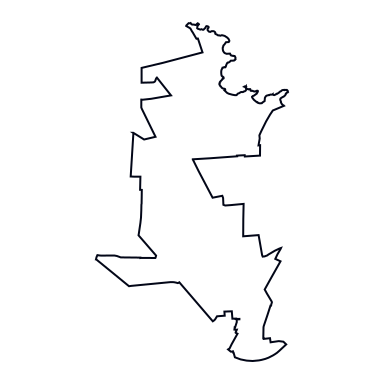 outline of Lumina, Constanta, Romania
{"feature_id": "2599482B21068829002517", "entity_name": "Lumina", "entity_type": "district", "adm_level": 2, "iso_a3": "ROU", "parent_name": "Romania", "parent_adm1": "Constanta", "projection": "natural_earth1", "projection_center": [28.555, 44.326], "detail": "fine", "context": "isolated", "style": "outline", "palette": "ink", "viewbox_px": 384, "rotation_deg": 0, "n_neighbors": 0, "source": "geoboundaries", "source_scale": "gbopen_adm2", "svg_char_len": 5707}
<svg xmlns="http://www.w3.org/2000/svg" viewBox="0 0 384 384"><path d="M96.1,259.3L129.0,286.2L131.1,285.9L170.6,282.1L172.2,282.1L173.9,282.2L176.0,282.6L177.8,283.1L178.2,283.0L179.3,282.3L212.8,321.3L214.1,320.4L215.1,319.4L217.0,316.3L224.7,315.7L224.4,311.6L231.8,311.3L232.4,318.7L235.9,318.6L235.8,319.0L239.4,318.9L239.4,319.3L236.6,319.5L236.8,322.0L235.1,327.4L234.7,327.3L234.4,329.6L236.0,329.8L236.8,329.7L236.5,330.5L235.6,332.4L235.7,332.8L237.5,333.7L231.6,344.3L229.6,348.4L228.1,349.4L230.5,351.4L230.9,351.7L231.5,351.7L232.9,351.3L233.2,352.7L233.6,352.7L234.9,357.3L240.6,359.4L246.6,360.6L252.7,361.0L258.9,360.4L261.5,359.9L265.3,358.9L268.5,357.7L273.0,355.4L275.1,354.1L277.0,352.8L279.2,350.9L286.2,344.4L283.4,341.7L278.8,341.1L270.6,342.3L270.0,338.2L263.8,338.9L263.8,338.2L263.3,338.2L263.5,327.3L263.7,326.2L267.4,315.2L270.5,305.6L271.1,305.6L271.3,304.9L271.4,305.0L271.3,304.7L271.4,304.0L271.9,302.4L271.9,302.1L271.5,301.2L266.9,293.5L264.7,289.5L270.8,278.5L280.5,261.3L275.3,258.9L277.4,254.4L280.5,249.1L281.0,248.0L279.3,248.6L274.9,250.7L268.3,254.6L267.3,255.4L264.6,256.4L262.7,256.6L262.1,255.1L258.6,235.1L243.2,236.3L243.3,219.2L243.6,203.9L230.8,205.1L225.2,205.5L223.4,204.8L223.1,198.0L222.3,195.8L212.6,197.7L198.6,171.1L193.0,159.8L192.8,159.6L192.8,159.3L209.6,158.3L237.1,156.3L237.0,155.6L244.7,155.2L244.8,156.5L260.0,155.6L260.1,145.2L258.5,145.4L259.7,138.6L259.4,135.3L261.1,131.5L266.1,121.4L270.0,114.7L272.8,110.5L284.0,105.8L283.6,105.4L283.1,105.3L281.8,104.0L281.4,103.3L280.9,102.3L281.0,101.9L280.2,99.7L280.4,98.8L280.5,98.8L280.7,98.4L281.1,98.0L282.9,96.9L283.6,96.7L284.2,96.1L284.9,95.6L285.8,94.3L285.7,93.9L285.8,93.7L286.1,93.3L286.8,92.7L287.6,92.5L288.0,92.1L287.8,91.7L287.6,91.6L287.8,91.2L287.7,90.8L287.1,90.3L287.1,90.1L286.8,89.9L286.5,90.0L285.4,89.9L284.5,90.1L284.4,89.9L284.0,89.9L282.4,90.1L281.7,90.5L281.1,91.1L280.6,91.4L280.2,91.5L279.2,92.3L279.0,92.5L278.9,92.7L277.9,93.3L277.2,93.8L276.7,93.7L276.2,94.0L276.0,94.3L275.7,94.5L274.2,95.1L273.7,95.0L272.8,94.6L272.7,94.4L272.7,94.2L272.3,94.5L272.0,94.6L270.3,94.6L269.8,94.8L269.4,95.1L268.8,95.0L268.5,95.2L267.0,95.5L266.6,95.7L265.9,96.2L265.4,96.9L264.9,97.9L264.6,101.1L263.0,102.1L262.6,102.4L262.3,102.8L262.1,102.8L261.7,103.2L260.6,103.3L259.6,103.3L258.3,103.0L257.0,102.3L256.9,102.2L257.0,102.0L256.3,101.8L253.9,99.8L252.5,98.0L252.0,97.0L252.0,96.8L252.9,96.0L254.2,95.5L254.9,94.9L255.7,94.4L256.3,93.8L256.5,93.8L256.6,93.5L257.1,93.0L257.1,92.8L257.4,92.4L257.3,92.2L257.6,92.0L257.9,91.4L257.9,91.0L257.7,90.8L257.1,90.7L256.1,91.0L255.6,91.4L254.4,91.5L254.0,91.3L253.5,91.3L252.8,90.9L252.3,90.9L252.2,90.8L251.8,90.8L251.5,90.9L251.0,90.9L250.5,90.5L250.4,89.4L250.1,89.1L249.6,89.2L249.3,89.2L249.0,89.1L248.4,89.4L247.0,88.8L246.3,88.3L245.7,87.3L245.7,86.9L246.0,86.7L245.9,86.6L245.9,86.3L245.7,86.5L245.2,86.4L244.8,86.6L244.5,86.5L244.2,86.7L245.2,87.1L245.7,87.8L246.1,88.6L246.3,89.3L245.9,90.3L245.6,90.7L244.7,91.3L243.5,91.6L243.1,92.0L242.4,92.1L241.2,92.0L240.7,92.2L238.9,93.3L237.9,93.6L237.2,94.3L236.7,95.0L236.1,95.2L234.5,95.1L232.3,94.7L228.7,93.7L227.1,92.9L224.5,90.4L225.2,89.9L225.2,89.4L225.1,89.1L224.6,88.8L223.2,88.6L222.1,88.0L221.7,87.7L220.8,86.4L220.5,86.1L220.3,86.1L219.7,84.8L219.5,84.7L219.4,84.2L219.6,83.8L219.4,83.7L219.8,82.2L220.0,81.9L220.4,81.8L220.5,81.6L220.5,81.3L220.7,81.0L221.2,80.6L222.1,79.7L222.3,79.3L222.4,79.0L222.6,78.6L222.9,78.4L223.3,78.6L223.6,78.4L223.6,77.4L222.6,76.5L222.4,76.5L221.6,75.7L221.3,74.1L221.2,71.9L221.4,70.2L221.8,69.3L222.5,67.7L223.0,67.8L223.6,67.3L224.3,67.2L224.6,67.3L224.7,67.1L225.4,67.2L225.8,66.6L226.1,65.4L227.0,63.3L227.4,62.8L227.7,62.6L227.9,62.7L228.2,62.5L228.6,62.5L229.6,61.9L230.8,60.7L231.2,60.7L233.7,60.6L233.8,60.5L234.3,60.4L234.5,60.1L234.9,60.0L235.5,59.2L235.3,59.0L235.4,58.3L235.5,57.7L234.9,56.3L234.6,56.0L233.8,56.0L233.5,55.8L232.8,55.9L231.4,55.4L231.2,55.5L230.7,55.1L230.0,53.6L226.6,53.8L224.8,53.1L224.0,52.4L223.1,50.9L222.9,50.1L222.7,48.4L222.8,47.3L223.1,47.0L223.4,45.5L224.5,44.4L226.0,42.2L228.4,42.1L229.0,41.8L229.3,41.1L229.3,40.5L229.1,40.2L228.7,39.3L228.4,38.7L226.5,37.0L225.6,36.6L224.9,36.0L223.6,35.6L221.9,35.2L221.2,35.4L220.5,35.7L219.9,35.6L219.0,35.3L218.5,35.4L218.1,35.4L216.9,34.6L215.4,33.9L215.2,33.5L215.3,32.6L215.0,32.1L214.5,31.7L213.9,31.3L212.9,31.1L212.4,31.2L211.5,31.2L210.4,31.9L209.1,31.7L208.8,31.5L208.1,30.7L207.6,30.1L207.6,28.9L208.6,27.6L208.6,27.3L208.6,27.0L208.5,26.8L207.9,26.4L207.6,26.4L206.9,26.1L206.3,26.2L206.0,26.6L205.2,28.0L203.5,29.7L203.0,29.8L201.4,29.2L200.3,29.6L199.7,29.4L199.0,29.1L198.1,28.9L197.2,28.3L197.4,26.0L197.9,25.6L198.4,24.7L198.9,24.4L198.7,23.9L197.7,23.3L196.6,24.2L196.3,24.7L195.5,25.0L194.7,24.8L194.6,24.7L192.8,24.5L192.2,24.6L191.3,24.1L190.6,23.0L190.2,23.2L188.9,23.3L188.6,23.2L186.3,25.5L186.2,26.0L189.2,27.7L190.4,28.5L192.0,31.4L192.8,32.5L193.7,34.1L195.8,37.7L196.4,38.7L196.6,38.8L196.9,38.8L197.4,38.5L197.9,38.5L202.5,52.4L163.1,62.8L141.6,67.9L141.6,82.7L149.9,82.5L152.8,82.4L153.6,82.3L154.5,81.8L154.9,81.5L155.3,80.8L155.9,79.0L156.3,78.2L156.9,77.6L171.0,95.4L151.2,98.8L142.9,99.7L142.0,99.8L141.8,99.6L141.3,99.6L141.3,107.5L141.8,108.8L155.5,136.8L144.1,139.5L133.3,132.8L133.1,132.8L133.4,133.0L130.7,176.5L134.9,176.7L140.4,176.7L140.1,189.8L141.8,189.9L141.7,197.3L141.6,203.6L141.4,204.7L141.3,210.2L141.0,217.6L140.4,223.0L138.7,234.5L138.5,235.2L138.6,235.4L156.1,255.6L155.5,257.8L155.3,258.0L141.0,257.9L140.4,258.0L140.4,257.6L120.8,257.4L120.5,257.3L116.9,256.0L114.3,255.5L101.2,255.6L98.7,255.4L97.8,255.1L97.4,255.1L96.5,257.2L96.0,259.3L96.1,259.3Z" fill="none" stroke="#020617" stroke-width="2"/></svg>